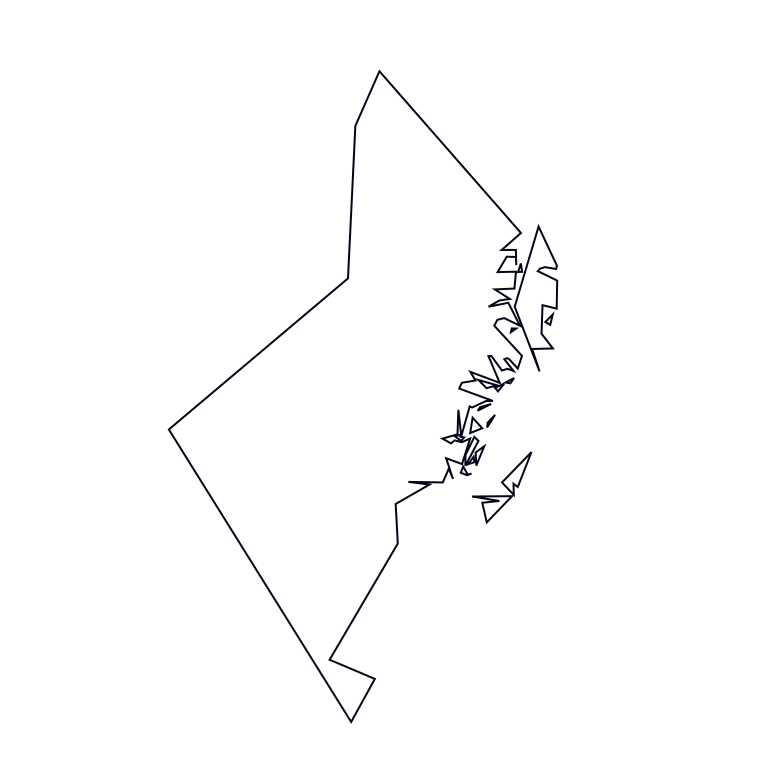 the border of British Columbia, rotated 236°
{"feature_id": "CAN-633", "entity_name": "British Columbia", "entity_type": "Province", "adm_level": 1, "iso_a3": "CAN", "parent_name": "Canada", "parent_adm1": "", "projection": "albers", "projection_center": [-126.982, 54.153], "detail": "medium", "context": "isolated", "style": "outline", "palette": "ink", "viewbox_px": 768, "rotation_deg": 236, "n_neighbors": 0, "source": "natural_earth", "source_scale": "10m", "svg_char_len": 1983}
<svg xmlns="http://www.w3.org/2000/svg" viewBox="0 0 768 768"><g transform="rotate(236 384 384)"><path d="M645.8,555.1L432.6,582.0L429.3,556.5L421.4,568.3L408.6,560.1L415.5,564.4L420.9,556.9L413.2,540.8L403.3,556.2L390.2,545.5L400.5,528.7L384.1,535.9L388.7,526.4L389.6,513.9L381.8,532.5L356.3,529.3L371.4,520.5L373.8,513.9L370.7,508.0L330.1,514.1L322.0,503.5L334.8,501.6L336.7,500.4L337.2,497.6L322.3,498.7L327.4,495.0L329.3,489.3L347.1,488.7L348.7,486.2L320.2,480.6L345.7,462.4L335.7,461.8L341.5,449.3L338.2,443.8L309.1,464.8L312.9,458.9L315.2,444.0L317.5,442.5L297.5,418.9L321.0,431.2L301.2,416.8L306.0,401.9L297.2,406.4L297.8,410.9L292.2,416.0L290.6,424.9L274.0,403.9L287.7,394.0L266.7,388.1L277.6,390.4L269.5,377.7L289.2,349.5L275.2,365.5L278.0,326.6L244.0,306.2L185.8,184.7L144.6,211.5L122.2,167.8L466.6,180.2L491.7,413.2L614.0,504.6L645.8,555.1ZM428.1,600.2L385.3,593.5L383.1,591.0L390.9,582.8L392.4,578.0L391.6,574.6L372.9,585.4L349.9,569.3L360.7,559.5L337.6,542.7L319.0,543.9L330.2,526.4L307.4,520.0L375.0,535.6L428.1,600.2ZM219.4,427.4L211.8,391.8L230.6,399.1L222.5,414.2L241.5,394.1L219.4,427.4ZM236.4,426.8L245.1,468.2L223.8,437.3L228.9,435.6L219.5,429.6L236.4,426.8ZM306.5,438.6L292.4,440.7L295.1,428.0L306.5,438.6ZM270.7,405.7L279.5,411.8L289.6,429.3L284.0,430.5L270.7,405.7ZM276.0,421.7L276.3,432.2L264.7,414.9L276.0,421.7ZM323.2,466.7L334.6,464.5L319.8,476.9L323.2,466.7ZM345.2,552.4L347.3,562.9L340.1,554.9L345.2,552.4ZM271.3,403.5L261.9,402.8L260.8,406.5L262.0,401.8L267.5,398.0L271.3,403.5ZM317.1,483.9L314.1,474.4L318.7,473.9L317.1,483.9ZM293.9,448.2L296.3,458.8L290.3,445.2L293.9,448.2ZM317.2,485.7L316.2,495.2L313.9,489.1L317.2,485.7ZM311.0,450.7L307.5,461.7L309.5,446.7L311.0,450.7ZM294.9,420.5L293.7,416.2L300.9,413.5L299.5,418.2L297.4,417.9L294.9,420.5ZM356.1,524.5L356.0,518.2L358.6,521.0L356.1,524.5ZM399.8,561.2L401.8,557.7L407.4,564.9L399.8,561.2ZM268.6,415.3L270.4,409.1L273.6,417.5L268.6,415.3Z" fill="none" stroke="#020617" stroke-width="2"/></g></svg>